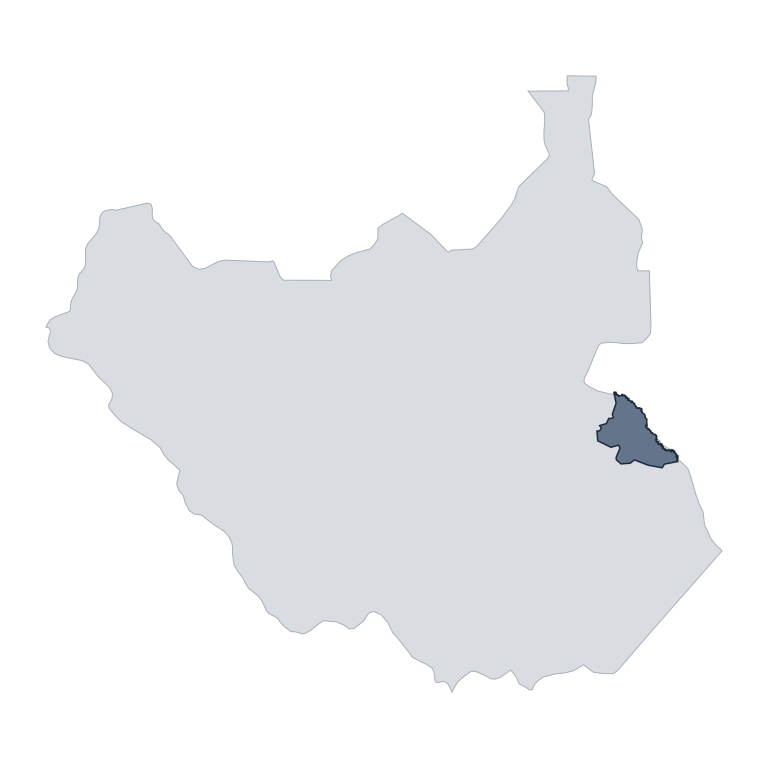 Pochalla, Jonglei, South Sudan shown in context
{"feature_id": "79223893B22691287422318", "entity_name": "Pochalla", "entity_type": "district", "adm_level": 2, "iso_a3": "SSD", "parent_name": "South Sudan", "parent_adm1": "Jonglei", "projection": "natural_earth1", "projection_center": [34.083, 7.206], "detail": "fine", "context": "in_parent", "style": "filled", "palette": "slate", "viewbox_px": 768, "rotation_deg": 0, "n_neighbors": 0, "source": "geoboundaries", "source_scale": "gbopen_adm2", "svg_char_len": 9195}
<svg xmlns="http://www.w3.org/2000/svg" viewBox="0 0 768 768"><path d="M643.2,640.8L618.4,669.6L616.6,671.3L613.6,673.6L603.5,673.6L593.2,672.2L583.6,664.8L573.9,670.5L567.7,672.3L564.1,673.0L555.4,673.9L543.3,677.0L537.8,680.9L534.8,684.0L532.3,689.6L531.1,690.2L528.9,689.5L525.8,687.3L519.3,684.0L516.0,676.8L513.0,672.5L510.5,670.2L500.2,677.4L495.2,679.1L491.1,678.8L483.7,674.8L475.4,671.4L471.2,671.4L464.8,675.7L457.6,682.1L453.9,688.5L452.0,692.2L449.5,686.4L447.1,682.8L443.6,681.4L436.7,682.8L435.0,680.8L434.7,675.9L433.7,671.3L431.9,667.9L426.6,664.5L412.9,657.6L402.3,643.8L397.0,637.4L393.1,633.2L387.6,622.4L381.4,614.9L373.8,611.4L368.7,613.1L363.6,621.1L353.8,628.7L349.3,628.9L343.6,624.8L336.4,621.9L323.5,620.7L318.2,624.2L311.2,630.0L305.2,633.4L301.6,633.8L298.1,632.5L294.3,631.7L290.9,631.6L284.0,626.3L280.4,622.5L278.0,618.8L274.1,616.2L269.6,614.1L266.3,610.8L264.7,606.7L262.2,601.4L258.8,596.6L248.3,588.0L245.2,583.0L243.0,578.1L238.7,572.6L234.1,565.3L232.6,554.7L232.5,546.1L231.5,542.1L229.6,538.1L227.3,534.7L223.6,530.9L215.1,525.4L206.2,519.0L202.0,515.3L193.9,514.0L189.1,510.3L185.0,502.3L183.4,495.9L179.3,490.9L177.6,487.2L176.7,483.1L179.9,470.4L175.3,465.9L168.3,460.0L163.3,453.7L160.3,447.8L151.3,440.0L131.8,428.5L120.5,421.1L114.3,414.5L109.0,408.0L108.5,405.3L112.0,398.8L112.5,393.5L109.7,387.6L98.0,376.5L88.7,364.3L81.7,360.5L64.6,357.1L59.8,355.8L54.7,353.5L49.6,348.0L48.0,341.5L50.5,331.1L49.0,327.9L46.1,327.1L46.9,324.9L50.2,319.8L55.4,316.6L69.6,311.4L70.3,309.5L70.7,303.0L71.8,299.8L76.7,290.8L77.5,287.2L77.7,279.6L78.4,276.0L79.8,273.4L83.7,268.9L85.1,266.2L85.7,260.3L85.4,248.7L87.4,244.2L96.3,233.6L98.7,228.9L99.6,224.7L99.5,220.4L100.1,216.2L102.7,212.1L105.0,210.8L111.5,209.5L116.0,210.3L147.2,203.1L150.8,204.1L152.4,208.4L152.2,215.2L152.7,218.5L154.4,220.9L159.3,224.1L162.7,229.5L164.5,231.5L169.5,235.2L192.5,266.3L199.0,269.3L205.3,268.2L217.9,261.7L224.3,260.1L268.3,261.9L273.2,261.0L273.5,261.1L280.2,276.7L283.3,280.2L331.6,280.4L330.7,276.0L331.4,271.0L339.9,261.5L341.1,260.4L348.6,255.8L355.9,252.7L369.9,249.2L375.1,243.5L377.9,238.4L378.0,228.2L379.9,226.6L383.2,224.2L399.5,215.2L402.2,213.2L430.8,234.3L446.8,251.0L447.8,251.8L448.6,252.1L449.4,251.5L450.2,250.8L452.1,250.0L459.0,249.8L472.0,249.0L476.3,247.0L502.4,217.2L509.1,207.7L510.8,205.8L514.6,199.0L518.6,187.3L519.4,186.0L548.0,158.1L549.0,155.9L549.3,154.1L545.0,144.7L544.0,140.0L543.9,132.6L544.7,121.2L544.4,114.0L544.1,112.0L543.9,111.6L528.0,91.1L568.2,90.9L568.3,88.3L568.2,87.4L567.4,85.0L567.0,81.7L567.0,79.9L567.2,78.2L567.3,77.3L567.1,76.4L567.2,76.1L567.3,75.8L596.2,76.2L595.9,82.0L592.3,95.7L592.4,103.9L591.6,113.2L590.6,116.0L589.1,118.3L588.6,119.4L588.6,120.4L594.5,172.8L594.1,175.0L592.5,178.2L592.0,179.3L592.0,180.1L592.6,180.7L605.9,186.4L606.6,186.7L607.1,187.2L611.9,193.9L638.2,218.8L639.1,220.0L641.8,227.8L642.1,229.0L642.2,230.9L642.1,232.3L641.4,237.0L641.7,239.1L642.1,240.5L642.5,242.1L642.5,242.6L642.2,243.8L638.3,252.8L637.1,259.2L636.7,264.6L636.9,267.7L637.4,269.7L637.7,270.5L638.1,270.8L649.5,270.9L649.4,273.7L650.9,321.0L650.9,326.3L650.5,332.9L649.1,335.5L645.9,339.3L641.9,342.7L631.6,343.6L623.1,343.5L617.1,342.7L608.8,342.4L601.0,343.2L598.2,346.1L587.9,371.2L584.7,377.5L583.8,381.1L584.8,383.3L588.8,386.5L597.6,390.9L607.8,393.5L615.3,394.7L620.4,395.9L624.4,397.3L638.8,408.7L643.4,414.0L645.9,418.7L646.5,423.7L648.6,428.7L661.7,444.4L674.2,451.8L678.9,460.2L683.6,464.2L687.9,468.6L690.3,475.1L695.7,494.0L699.3,503.9L703.1,512.0L704.6,525.2L707.5,531.1L710.6,538.3L715.6,544.7L721.0,549.7L721.9,551.0L667.9,612.5L643.2,640.8Z" fill="#d9dde1" stroke="#a8b0b8" stroke-width="1"/><path d="M677.5,461.6L677.3,461.4L677.3,460.9L677.1,460.7L677.3,460.5L677.1,460.2L677.4,460.0L677.2,459.9L677.2,459.6L677.2,459.2L677.1,458.9L677.5,458.9L677.7,458.7L677.4,458.5L677.2,458.6L677.2,458.4L677.4,458.0L677.2,457.7L677.7,457.5L677.4,457.1L677.2,457.1L677.4,456.8L677.0,456.8L677.0,456.5L677.2,456.4L676.9,456.3L676.9,456.1L677.2,456.0L676.8,455.9L676.8,455.5L676.6,455.5L676.4,455.7L676.5,455.3L676.9,455.1L676.7,454.9L676.6,454.4L676.2,454.4L675.9,454.8L675.8,454.7L675.8,454.4L675.7,454.0L676.1,454.0L676.0,453.7L675.5,453.2L675.6,452.8L675.4,453.1L675.2,453.1L675.1,452.7L675.0,452.8L675.0,453.0L674.8,452.5L674.5,452.3L674.3,452.3L674.2,451.8L674.4,451.5L674.4,451.4L674.1,451.6L673.9,451.4L674.0,451.3L673.8,451.2L673.7,451.5L673.6,451.1L673.2,450.9L673.5,450.6L673.2,450.3L673.0,451.0L672.7,450.8L672.7,450.5L672.5,450.4L672.6,450.2L672.3,450.0L672.2,450.4L672.1,450.6L672.4,450.7L672.3,450.8L671.9,450.6L671.9,450.4L671.5,450.5L671.4,450.3L671.2,450.8L671.1,450.5L670.9,450.5L671.1,451.0L670.7,450.8L670.5,451.0L670.5,450.7L670.8,450.3L670.5,450.5L670.3,450.5L670.3,450.3L670.0,450.2L669.9,450.4L669.5,450.2L669.5,450.3L669.3,450.2L669.2,450.0L668.9,450.2L668.8,449.8L668.6,449.8L668.4,450.2L668.0,450.2L667.9,450.6L668.1,450.8L667.1,450.5L667.0,450.2L666.8,450.1L666.6,450.5L666.2,449.9L665.8,450.1L665.5,449.5L665.4,449.6L665.4,450.0L665.0,450.1L664.9,449.8L664.7,449.9L664.7,449.7L664.5,449.3L664.4,449.1L664.6,448.9L664.3,448.8L664.2,448.9L664.3,449.1L664.1,449.1L663.9,448.6L663.8,448.3L663.6,448.1L663.5,448.5L663.3,448.6L663.1,448.1L662.9,448.4L662.6,448.3L662.5,448.0L662.8,447.8L662.6,447.5L662.7,447.1L662.4,447.0L662.6,446.8L662.6,446.7L662.8,446.8L662.9,447.2L663.1,447.0L662.9,446.6L663.1,446.5L663.0,446.2L663.3,446.2L662.6,446.0L662.5,445.8L662.4,446.1L662.1,445.8L662.1,445.3L661.9,445.1L661.5,445.3L661.4,444.7L661.2,444.8L661.1,444.7L661.4,444.5L661.5,444.3L661.1,444.4L661.0,444.2L660.8,444.5L660.8,444.0L660.6,443.9L660.5,444.0L660.4,443.7L660.1,444.0L659.7,444.0L659.5,444.3L658.9,444.4L658.9,443.9L658.6,443.5L658.4,443.3L658.2,443.6L658.1,443.3L658.0,443.0L658.1,442.9L658.3,443.0L658.3,442.5L658.1,442.7L657.9,442.6L657.9,442.4L658.1,442.1L657.7,442.3L657.5,442.1L657.3,442.2L657.1,441.9L656.6,441.9L656.5,441.6L656.7,441.4L656.4,441.2L656.6,441.0L656.5,440.8L656.3,440.8L656.7,440.1L656.2,439.9L656.7,439.7L656.3,439.5L656.1,439.1L656.3,438.2L656.5,438.0L656.8,437.8L656.3,437.3L656.2,436.7L656.3,436.4L656.2,436.2L656.6,436.1L656.3,435.3L655.8,435.0L655.7,435.1L655.2,434.9L655.1,434.5L654.5,434.2L653.3,434.2L653.2,433.8L653.0,433.6L652.4,432.8L651.6,432.7L651.3,432.5L651.2,432.7L651.0,432.2L650.6,431.6L650.9,431.3L650.9,431.0L650.7,430.9L650.6,431.1L650.4,431.0L650.5,430.8L650.3,430.6L649.9,430.5L649.3,429.6L649.2,429.2L648.6,429.0L648.9,429.3L648.5,429.4L648.4,429.0L647.9,428.7L647.6,428.9L647.2,428.8L647.1,428.7L647.1,428.3L646.7,427.8L646.8,427.5L646.0,427.2L645.8,426.5L645.5,426.3L645.4,425.7L645.5,425.4L646.3,425.9L646.9,425.4L647.1,425.5L647.2,425.2L646.8,424.4L646.9,423.4L646.7,421.7L646.5,421.3L646.9,420.1L646.9,419.4L646.5,419.0L646.4,418.7L645.9,418.2L645.1,417.6L645.0,416.8L645.1,416.6L645.2,416.1L644.9,415.0L644.5,414.8L644.5,414.6L644.0,414.2L644.0,413.9L643.7,413.5L642.6,413.1L642.5,412.9L642.2,412.9L642.1,412.5L642.2,412.4L642.1,411.4L641.9,411.5L641.3,411.3L641.0,410.4L641.5,409.9L641.3,409.8L641.5,409.6L641.5,409.2L641.8,409.1L641.6,408.6L640.6,408.4L640.1,408.1L639.9,408.2L639.7,408.1L639.3,408.4L639.0,408.1L639.0,407.8L638.8,407.8L638.5,408.3L637.5,408.2L637.4,407.9L637.1,407.8L636.7,408.0L636.6,407.4L636.2,407.1L636.4,406.9L636.3,406.7L635.9,406.2L635.4,406.1L635.3,405.7L635.3,405.4L635.1,405.0L634.6,404.9L634.4,404.7L634.5,403.6L634.1,403.6L633.9,403.2L633.5,403.1L633.4,402.7L633.1,402.5L633.2,402.4L632.9,402.5L632.7,402.6L632.4,402.1L632.5,401.6L632.3,401.4L632.2,401.6L631.8,401.7L631.5,401.5L631.3,401.6L631.2,401.9L631.0,401.6L631.1,401.2L630.4,401.3L630.0,401.0L629.9,400.8L630.0,400.7L629.7,400.4L629.4,400.5L628.7,400.3L628.7,400.0L628.4,400.0L628.7,399.7L628.4,399.1L628.9,399.1L629.0,398.9L628.7,398.6L628.4,398.6L628.2,398.7L628.3,398.9L627.7,398.8L627.9,398.4L627.8,398.2L627.4,398.2L627.3,397.8L627.2,397.9L626.8,397.8L626.5,398.0L626.4,397.9L626.4,397.7L626.0,397.6L625.9,397.4L625.9,396.9L626.1,396.8L626.0,396.7L625.7,396.6L625.6,397.1L625.3,396.5L625.4,396.4L625.6,396.5L625.9,396.3L625.7,396.0L625.4,395.9L625.2,396.1L624.9,395.5L624.8,395.2L624.6,395.2L624.2,395.7L623.9,395.5L624.1,395.9L623.7,395.7L623.8,395.3L623.1,395.4L622.7,395.3L622.5,395.6L622.4,395.5L622.5,395.3L622.4,395.0L622.5,394.6L622.3,394.5L622.2,394.7L621.8,394.7L621.8,395.3L621.5,395.3L621.0,395.7L620.6,395.8L619.4,395.8L619.2,395.9L618.6,395.4L618.4,395.7L618.3,395.3L618.1,395.3L617.8,395.3L617.8,395.2L618.1,395.1L618.0,394.9L618.3,394.6L617.7,394.8L617.7,395.0L617.6,394.7L617.2,394.6L616.8,394.5L616.8,394.8L616.6,394.7L616.8,394.1L616.6,393.9L616.4,394.5L616.1,394.5L616.2,394.2L616.2,393.7L616.0,394.0L615.6,394.3L615.6,393.9L615.8,393.6L615.7,393.4L615.8,393.2L615.3,393.1L615.3,392.7L615.0,392.8L614.9,392.9L614.7,392.8L614.7,392.5L614.4,392.7L614.6,393.0L614.4,393.1L614.2,392.3L613.9,392.5L616.1,403.2L612.3,414.3L613.4,417.1L611.9,418.4L608.8,418.4L606.3,423.6L599.6,425.6L601.4,428.0L599.6,431.0L597.0,431.0L597.7,440.8L611.0,447.3L618.5,445.2L620.0,448.0L616.1,457.6L616.4,459.9L621.1,463.9L630.3,463.2L634.4,459.9L648.1,465.2L662.2,467.8L664.4,464.1L677.5,461.6Z" fill="#64748b" stroke="#1e293b" stroke-width="1.5"/></svg>